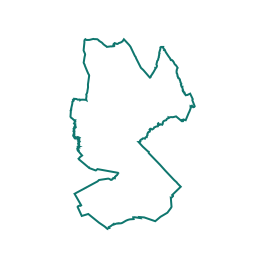 outline of Bethausen, Timis, Romania, rotated 344°
{"feature_id": "2599482B66400291009045", "entity_name": "Bethausen", "entity_type": "district", "adm_level": 2, "iso_a3": "ROU", "parent_name": "Romania", "parent_adm1": "Timis", "projection": "orthographic", "projection_center": [21.97, 45.83], "detail": "fine", "context": "isolated", "style": "outline", "palette": "teal", "viewbox_px": 256, "rotation_deg": 344, "n_neighbors": 0, "source": "geoboundaries", "source_scale": "gbopen_adm2", "svg_char_len": 5752}
<svg xmlns="http://www.w3.org/2000/svg" viewBox="0 0 256 256"><g transform="rotate(344 128 128)"><path d="M142.5,220.3L147.0,216.9L148.1,215.8L149.9,207.0L150.1,207.2L152.5,205.9L152.6,205.6L152.0,204.6L162.5,199.0L160.3,194.9L159.8,193.6L158.0,190.7L152.0,179.1L148.8,172.5L141.0,157.8L141.4,156.6L140.7,156.0L137.0,149.9L134.3,144.4L135.5,144.7L136.0,144.6L136.3,144.2L136.1,143.5L136.4,143.2L137.8,142.6L138.4,142.7L139.2,142.1L140.0,142.2L141.3,142.9L141.6,142.4L142.1,142.0L142.5,141.8L143.5,142.0L144.1,140.7L144.9,140.1L144.8,139.3L144.9,139.1L145.7,138.4L145.8,138.0L146.7,137.4L147.4,137.6L147.9,137.5L148.5,136.4L148.5,135.9L148.3,135.5L149.1,134.9L149.8,135.0L150.4,135.8L150.9,136.1L152.5,135.6L153.4,134.6L154.4,134.6L155.5,134.3L157.2,134.6L157.8,133.8L157.8,132.3L158.2,131.9L158.5,131.8L158.9,133.1L159.1,133.7L159.6,133.7L160.4,133.4L161.8,134.3L162.6,133.5L163.0,132.2L164.0,131.3L165.1,131.0L166.9,131.0L167.5,130.3L168.2,129.8L169.7,129.7L169.9,128.9L170.5,129.4L171.4,129.2L173.4,129.7L174.0,130.0L177.4,130.1L181.2,135.7L181.8,135.1L182.3,135.1L182.6,135.5L182.4,136.5L182.8,136.6L183.1,136.3L183.1,135.3L183.7,135.1L185.6,136.4L190.8,129.9L191.5,129.2L194.0,125.8L193.9,125.7L193.9,124.9L194.1,124.3L194.5,124.7L195.6,124.2L196.1,125.6L196.4,126.0L197.5,126.0L198.1,125.5L197.5,119.1L197.8,118.4L198.2,118.1L197.2,112.1L194.2,112.6L192.5,112.4L192.3,111.7L192.3,111.3L191.9,110.9L192.0,110.5L191.7,109.9L192.1,109.8L192.1,109.4L191.9,109.1L191.4,109.0L191.3,108.4L191.0,108.0L191.1,107.8L190.9,107.7L190.9,107.0L191.4,106.6L191.2,105.6L191.4,104.8L191.3,104.0L191.5,103.6L191.1,103.6L190.9,103.2L190.8,102.0L191.0,101.7L190.8,100.9L191.4,100.3L191.5,99.9L191.0,98.8L191.2,97.9L191.0,96.4L191.2,96.2L191.2,95.4L190.5,94.2L190.2,94.1L190.1,93.8L190.4,93.6L190.0,92.8L190.1,92.2L189.9,91.8L190.1,91.5L190.0,90.9L190.2,90.4L190.1,89.6L190.2,89.1L189.9,88.6L190.4,86.5L190.7,86.3L191.1,85.1L192.3,83.9L191.4,80.9L191.0,80.5L190.4,79.3L190.0,76.9L189.7,76.4L189.6,75.8L189.3,75.6L189.2,75.1L188.9,74.8L188.3,74.5L188.0,73.9L187.8,74.0L187.6,72.6L186.7,70.2L185.2,65.5L184.9,63.2L184.5,63.1L184.7,62.9L184.6,62.3L184.0,61.5L183.9,60.5L184.2,59.8L182.2,59.2L181.6,59.3L181.3,59.5L181.2,59.8L181.2,60.4L178.8,64.2L178.6,64.8L178.8,65.1L178.1,66.1L178.0,66.7L177.3,67.6L177.3,68.3L176.3,69.5L175.8,70.7L174.6,71.6L172.8,74.8L173.0,75.9L172.9,76.4L172.7,76.7L172.6,76.9L171.9,77.7L171.6,77.8L170.9,78.4L170.7,78.2L170.6,78.7L167.1,82.1L166.7,82.2L166.3,82.8L164.5,84.2L164.0,85.1L163.3,85.6L162.9,85.6L158.7,76.5L157.0,73.7L155.0,63.2L154.9,61.6L154.5,60.8L152.8,50.6L152.0,48.5L148.5,41.6L146.6,43.2L144.5,43.8L142.7,43.8L141.3,44.3L140.6,44.2L138.6,42.7L138.0,43.0L137.8,44.0L137.2,44.2L137.0,43.9L136.8,44.2L136.9,44.4L137.5,44.7L137.4,45.4L137.2,45.5L134.4,45.0L134.0,44.8L130.0,44.2L129.9,44.1L129.7,43.5L129.1,42.9L127.5,40.8L126.5,38.8L124.2,36.2L123.8,35.2L122.8,34.1L120.4,33.4L119.2,32.8L115.3,32.7L112.9,32.1L112.3,31.9L111.5,30.9L110.7,31.3L110.0,32.4L109.7,33.7L107.1,40.2L106.7,41.3L107.1,44.7L107.0,45.7L105.7,48.0L103.4,53.0L103.5,54.1L103.8,55.1L103.7,55.9L104.4,62.1L104.8,65.0L105.1,65.9L105.1,67.0L102.3,73.3L101.5,75.1L100.8,77.9L99.3,81.0L98.8,82.2L98.0,83.4L97.1,84.3L97.0,85.0L97.0,85.7L95.7,88.6L95.7,89.8L95.2,89.3L92.7,88.4L90.4,87.8L89.6,88.1L89.6,87.5L89.4,87.3L87.5,86.9L86.4,85.9L84.3,85.1L84.2,85.5L83.2,85.6L83.5,86.4L83.1,86.9L82.5,86.8L82.2,87.2L81.9,87.4L82.0,87.6L81.6,88.0L81.1,89.4L78.6,93.9L78.4,94.3L78.6,94.4L78.2,95.3L77.6,95.6L77.6,96.4L75.8,101.3L76.3,102.7L76.9,103.3L78.2,105.4L79.4,106.0L79.0,106.4L79.1,107.4L78.2,107.6L78.0,108.6L77.4,108.8L77.5,109.1L78.2,109.7L77.8,110.0L77.8,110.6L78.1,110.8L77.9,111.4L78.0,111.7L77.4,112.0L77.5,112.4L77.9,112.2L77.9,112.9L77.5,112.9L76.9,112.3L76.7,112.6L76.4,112.6L76.4,113.1L76.5,113.4L76.2,113.5L76.3,113.9L75.5,114.0L75.6,114.4L75.3,115.0L75.6,115.1L75.7,116.3L75.5,116.6L75.0,116.6L75.3,117.2L74.7,117.7L74.9,118.8L74.8,119.2L74.6,119.3L74.5,119.7L73.8,119.3L73.7,119.5L74.0,119.6L73.9,119.9L73.4,119.8L73.2,120.0L73.0,119.7L73.1,120.2L73.6,120.4L73.6,120.7L73.4,121.0L73.5,121.4L73.9,121.1L74.2,121.2L74.2,121.8L73.8,122.3L73.8,122.5L74.2,122.6L74.3,122.2L74.5,122.1L74.9,122.2L75.1,122.6L75.1,122.9L74.1,123.2L74.2,123.4L74.9,123.2L74.9,123.6L75.3,123.6L75.2,123.9L75.4,123.5L75.7,123.5L75.8,123.1L76.4,123.4L76.4,123.7L76.8,123.3L76.8,123.0L77.1,123.0L77.4,123.2L77.4,123.6L77.7,123.8L77.7,123.6L77.6,123.1L78.0,123.3L78.2,123.9L78.5,124.1L77.9,124.4L78.1,125.0L77.8,125.1L77.5,124.7L77.4,124.8L77.6,125.6L77.0,125.7L77.3,126.3L76.8,126.3L76.8,127.1L76.5,127.2L76.5,127.4L77.1,127.5L77.5,127.8L76.8,128.2L77.0,128.7L76.4,129.3L76.2,129.3L76.1,129.0L75.8,129.1L75.8,129.3L76.5,129.8L76.5,130.3L75.9,130.4L76.2,131.5L76.0,131.8L75.8,131.7L75.5,132.0L75.1,132.0L75.2,132.4L75.7,132.6L75.1,132.7L75.2,133.1L74.3,132.7L74.2,133.3L73.5,134.0L74.2,134.8L73.5,135.5L73.6,136.1L73.8,136.4L74.4,136.0L74.5,136.1L74.5,136.4L74.1,137.0L76.3,141.8L73.7,142.8L73.0,143.4L72.0,143.9L72.3,144.8L79.4,155.3L79.7,155.3L79.7,155.8L85.1,159.8L85.5,159.9L87.3,159.1L106.0,168.3L106.1,168.5L105.8,168.6L105.5,169.4L104.4,170.3L103.3,170.6L102.8,171.1L102.0,171.3L101.5,172.7L100.1,172.0L99.5,172.7L98.9,172.7L98.2,173.3L97.3,173.2L96.0,171.8L95.0,171.2L85.8,170.0L84.1,170.9L58.5,176.5L61.7,189.4L61.0,189.7L60.5,189.2L59.7,189.4L59.2,189.3L58.1,189.6L57.8,190.0L59.3,199.8L66.1,199.7L74.1,211.1L78.2,216.0L79.4,217.7L79.8,218.6L80.3,219.1L80.4,218.8L82.5,219.0L82.4,217.9L84.0,217.7L87.7,216.3L87.7,216.9L90.5,216.7L92.3,216.9L92.2,217.1L95.1,217.7L96.4,217.6L100.7,216.5L102.5,216.3L104.4,216.3L108.3,217.1L108.4,215.3L109.8,215.6L115.0,218.0L114.6,216.8L118.9,218.4L128.5,225.1L134.8,222.3L142.5,220.3Z" fill="none" stroke="#0f766e" stroke-width="2"/></g></svg>